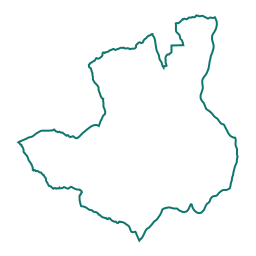 Chunchi, Chimborazo, Ecuador
{"feature_id": "8360857B64943669996857", "entity_name": "Chunchi", "entity_type": "district", "adm_level": 2, "iso_a3": "ECU", "parent_name": "Ecuador", "parent_adm1": "Chimborazo", "projection": "equal_earth", "projection_center": [-78.931, -2.329], "detail": "fine", "context": "isolated", "style": "outline", "palette": "teal", "viewbox_px": 256, "rotation_deg": 0, "n_neighbors": 0, "source": "geoboundaries", "source_scale": "gbopen_adm2", "svg_char_len": 5763}
<svg xmlns="http://www.w3.org/2000/svg" viewBox="0 0 256 256"><path d="M18.3,142.4L19.5,143.1L20.0,144.1L20.3,144.4L21.5,144.9L21.5,146.1L22.3,146.6L23.4,149.2L23.6,149.8L23.5,151.0L23.6,151.8L24.3,152.9L24.9,153.2L25.9,154.8L27.1,156.0L28.1,158.4L28.5,159.8L29.5,161.5L30.3,162.5L31.9,165.3L32.7,167.7L32.8,169.9L33.5,170.5L34.2,170.0L34.8,170.1L35.7,171.0L37.8,171.1L39.6,172.4L41.0,172.5L42.7,174.7L43.6,174.9L44.7,177.0L45.7,178.0L46.1,180.8L47.5,183.2L48.7,185.5L48.8,185.8L50.0,186.1L50.8,186.4L51.5,187.2L53.3,188.7L53.9,188.3L55.0,188.0L56.1,188.7L56.6,188.6L57.0,188.2L58.5,188.5L59.0,188.2L59.4,187.7L59.6,188.1L60.0,188.3L60.9,188.3L62.3,188.1L63.9,187.1L64.8,187.3L65.7,187.9L67.6,188.6L68.2,188.4L68.6,188.5L69.6,187.7L70.4,187.2L70.8,186.9L71.4,186.9L71.9,187.1L73.2,188.0L76.4,189.4L77.3,189.6L78.9,189.5L79.9,189.8L80.0,190.2L80.3,190.4L80.8,190.5L81.5,191.1L81.9,192.3L80.9,193.4L80.9,194.1L80.4,194.4L80.3,195.0L79.7,195.4L79.5,196.1L79.6,200.2L80.4,203.8L81.1,206.1L83.7,206.6L85.7,207.3L89.5,209.9L91.4,210.1L91.8,210.4L92.5,210.6L93.0,211.4L94.1,211.9L95.1,212.0L96.5,212.3L98.1,213.6L98.6,214.6L99.4,214.6L101.4,216.5L102.4,217.2L105.6,218.1L106.3,218.5L106.5,218.3L107.3,219.0L107.7,219.2L108.1,219.0L108.9,218.2L109.7,218.2L110.6,219.4L111.3,219.8L111.9,220.6L113.0,221.0L114.3,221.8L115.7,221.6L116.3,222.0L116.9,222.8L117.5,223.1L118.5,222.7L118.8,222.0L119.3,221.9L119.4,221.7L119.7,221.5L120.7,222.0L122.1,222.0L124.6,223.0L125.5,223.8L125.8,223.9L126.2,224.5L127.3,224.9L128.4,225.8L129.2,226.6L130.9,231.0L131.3,231.7L132.2,232.1L134.0,232.1L135.0,231.7L135.4,231.8L135.9,232.6L136.4,234.1L139.3,240.6L140.3,239.3L141.0,238.8L142.3,237.4L142.8,236.2L143.6,234.9L145.0,231.8L146.4,229.3L146.9,228.9L149.0,227.6L151.5,224.9L154.0,221.7L154.7,221.1L156.3,220.0L157.1,219.2L159.9,215.2L161.3,212.6L162.3,209.7L162.5,209.4L164.3,208.4L165.7,208.0L168.8,207.4L169.9,207.5L172.8,208.3L174.4,208.5L176.6,208.5L177.1,208.6L179.4,210.5L181.2,211.3L183.0,212.0L184.1,212.1L185.5,211.8L187.0,211.2L188.2,209.6L188.9,208.4L190.1,205.6L190.8,204.4L191.0,204.2L191.3,204.3L191.7,204.6L192.5,207.3L193.2,208.7L194.1,210.2L196.0,212.0L198.3,213.1L200.4,213.0L201.8,212.3L202.8,211.1L203.8,210.2L206.1,205.1L206.8,204.0L208.5,202.8L209.7,201.4L210.3,199.4L210.6,198.8L211.9,197.0L213.3,196.3L216.5,195.7L217.2,195.1L219.0,192.9L221.5,190.8L222.3,190.4L223.6,190.0L226.9,189.9L229.9,188.3L230.6,185.1L230.8,183.5L231.8,180.2L232.2,177.3L233.0,175.2L233.4,172.4L235.0,166.3L236.7,162.4L237.1,158.1L237.7,156.7L237.3,155.9L236.9,154.0L237.0,151.7L237.0,149.1L235.7,145.6L235.5,144.4L235.5,143.0L235.8,140.4L235.5,138.9L235.2,137.8L234.0,137.5L233.2,137.5L230.6,136.1L229.2,134.5L228.6,133.7L225.1,127.0L224.7,126.0L224.2,125.1L223.6,124.5L221.2,123.6L220.3,122.7L219.2,121.3L218.1,119.6L217.4,118.7L215.3,117.3L213.7,115.8L212.5,114.1L211.3,112.8L210.5,112.2L209.7,111.2L208.9,110.9L208.3,110.4L206.3,109.1L205.0,106.1L204.2,103.9L203.5,102.6L202.4,101.5L201.5,100.2L200.6,98.2L200.6,95.2L202.8,88.7L202.7,86.3L202.3,82.7L202.2,81.3L202.6,79.3L204.0,76.8L205.3,75.4L206.7,73.2L208.5,68.8L209.3,64.0L209.7,61.2L210.3,59.3L210.7,56.5L211.1,55.3L212.2,52.8L213.6,48.0L213.6,45.1L212.1,39.7L212.0,38.5L212.1,36.5L212.4,35.1L213.1,33.7L214.2,32.2L215.9,29.0L216.8,25.3L216.8,22.4L216.5,20.9L214.9,17.3L212.7,18.1L210.6,17.5L210.0,17.6L208.4,18.5L207.9,18.6L202.6,15.8L202.1,15.8L199.7,16.3L198.8,16.2L198.2,15.7L197.5,15.8L196.7,15.4L195.8,15.8L195.3,16.8L194.7,17.2L193.3,17.3L192.3,17.0L191.2,17.6L190.2,17.5L189.6,17.6L189.0,17.5L188.6,17.8L187.2,19.0L186.4,19.3L184.5,18.7L183.6,18.9L183.1,19.4L182.7,19.2L180.2,21.8L178.4,23.2L176.7,23.1L175.8,23.3L176.0,26.3L175.9,28.9L176.1,31.4L177.1,32.7L179.5,35.0L180.3,38.6L180.6,39.1L181.7,40.1L182.1,40.7L182.5,42.0L182.9,42.8L182.9,43.6L183.3,45.2L171.5,45.5L171.5,52.1L171.4,52.4L169.6,53.7L169.2,54.4L168.8,54.5L167.7,54.4L167.3,54.7L166.1,56.0L165.8,56.6L165.5,57.8L165.5,59.4L165.7,60.7L165.5,62.5L166.3,64.5L166.5,65.5L166.4,65.9L165.7,66.1L164.2,66.1L163.7,66.9L163.6,67.6L162.5,65.9L161.9,63.5L161.4,62.0L160.1,60.2L159.6,59.2L159.3,58.1L159.0,55.7L158.2,53.8L156.8,50.8L156.1,47.9L155.2,41.5L154.7,39.0L154.0,37.1L152.5,35.1L152.5,34.1L151.5,34.2L149.8,35.5L148.8,35.7L147.8,36.2L145.6,38.7L144.8,39.1L144.2,39.7L143.3,41.0L143.2,41.8L142.9,42.3L141.8,43.0L141.1,43.1L139.8,42.3L138.4,42.8L137.0,44.2L136.2,45.2L135.9,45.5L136.1,47.0L135.7,47.6L135.2,48.2L134.9,48.4L133.9,48.7L132.5,48.6L129.9,49.1L129.6,49.1L129.0,48.5L127.3,48.2L125.4,48.5L124.4,48.4L123.6,47.6L122.6,47.9L120.5,47.8L118.4,48.9L117.6,49.0L115.4,50.0L113.7,49.0L113.1,49.0L111.4,49.9L109.6,50.4L108.9,51.2L108.0,51.7L107.0,52.0L105.8,52.2L104.9,52.9L104.6,53.0L103.8,52.4L103.1,52.5L102.8,52.8L102.5,53.5L102.4,55.5L102.1,56.0L99.9,58.0L98.7,58.6L98.1,58.7L96.5,58.1L96.1,58.3L94.7,60.7L94.0,60.8L93.2,61.5L92.5,61.8L91.9,62.4L90.4,62.9L89.3,64.6L88.9,64.7L89.0,66.8L89.5,67.5L90.4,67.9L90.7,68.2L91.5,70.4L91.7,71.5L92.4,73.1L92.5,73.7L92.4,74.9L92.9,76.9L92.9,79.1L93.2,80.1L94.9,82.9L96.4,84.3L98.4,86.8L98.5,87.5L98.6,90.0L101.0,96.8L101.9,98.2L103.2,98.8L103.0,99.3L103.0,99.8L103.5,103.5L103.4,106.6L103.6,107.2L104.1,108.0L105.2,111.3L105.2,112.5L105.0,114.1L103.7,115.1L102.6,116.7L102.0,118.5L100.6,121.0L100.1,122.6L98.8,126.0L98.0,125.5L96.6,125.0L95.2,125.0L93.6,125.3L90.8,126.6L87.0,129.5L82.6,133.2L79.7,136.2L77.2,138.2L75.9,138.2L75.1,137.8L73.0,136.2L70.2,137.1L69.0,136.3L67.8,135.1L66.4,135.7L62.4,132.6L62.0,132.5L60.8,132.6L59.4,131.7L57.9,132.2L57.3,131.8L55.7,131.2L54.8,130.3L54.5,129.7L54.0,129.5L52.5,130.4L50.4,130.5L49.6,130.7L42.4,130.7L41.2,130.8L39.9,131.4L36.7,133.2L32.7,136.3L31.3,136.9L28.5,137.5L25.7,139.1L24.7,139.4L18.9,141.9L18.3,142.4Z" fill="none" stroke="#0f766e" stroke-width="2"/></svg>